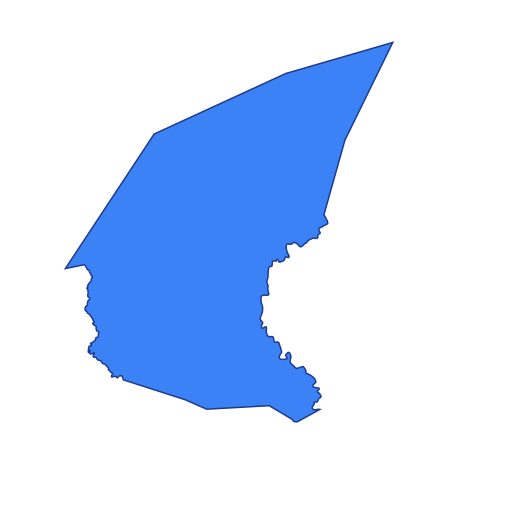 the district of Macaracas, Los Santos, Panama, rotated 165°
{"feature_id": "35544464B79147268573624", "entity_name": "Macaracas", "entity_type": "district", "adm_level": 2, "iso_a3": "PAN", "parent_name": "Panama", "parent_adm1": "Los Santos", "projection": "albers", "projection_center": [-80.516, 7.678], "detail": "fine", "context": "isolated", "style": "filled", "palette": "blue", "viewbox_px": 512, "rotation_deg": 165, "n_neighbors": 0, "source": "geoboundaries", "source_scale": "gbopen_adm2", "svg_char_len": 6105}
<svg xmlns="http://www.w3.org/2000/svg" viewBox="0 0 512 512"><g transform="rotate(165 256 256)"><path d="M68.6,426.9L179.9,424.6L322.8,400.2L443.4,293.2L424.0,292.0L423.1,290.1L422.6,287.3L422.4,286.6L422.1,286.2L421.1,285.6L420.9,285.2L421.0,283.6L420.9,283.1L420.8,282.6L420.0,281.4L419.9,280.9L420.0,280.5L420.3,280.1L420.3,279.9L420.1,279.6L419.6,278.9L419.4,278.5L419.5,278.0L419.9,277.4L420.5,277.1L420.9,276.8L421.1,276.2L421.1,275.6L421.5,274.9L423.0,273.6L424.2,272.9L424.7,272.6L426.1,271.2L426.2,270.7L426.3,270.0L426.5,269.7L427.4,269.0L427.7,268.8L427.7,268.6L427.4,268.1L427.2,266.8L427.4,265.1L428.0,263.1L428.8,261.3L428.9,260.8L428.8,260.3L428.7,259.9L427.6,258.6L427.5,258.2L427.6,257.7L427.8,257.3L428.2,257.0L428.7,256.8L429.3,256.8L429.6,256.5L430.1,255.7L430.6,255.2L431.5,252.5L431.7,252.2L432.0,251.9L432.6,251.8L433.8,251.0L434.6,249.9L434.8,249.3L435.0,248.1L434.9,247.5L433.8,246.0L433.6,245.5L433.5,244.6L433.4,244.3L432.7,243.5L431.4,241.7L431.3,240.5L430.4,239.2L430.4,238.0L430.0,237.0L430.0,236.1L429.6,234.6L429.6,234.0L429.8,233.4L430.3,233.4L430.8,233.5L431.0,233.4L431.0,232.5L430.9,232.2L430.3,231.2L429.4,230.1L428.9,229.7L428.7,229.4L428.7,228.9L429.3,227.0L429.3,225.4L429.0,224.6L428.0,223.7L427.8,223.5L427.6,223.0L427.6,222.5L428.5,221.2L429.2,219.3L429.5,218.8L431.1,218.6L431.9,218.3L432.2,217.8L432.4,217.2L432.6,216.8L433.3,216.2L434.0,215.8L435.6,215.1L438.4,214.4L438.5,214.1L438.5,213.9L438.1,213.5L438.0,213.2L438.3,211.9L438.6,211.7L440.0,212.1L440.5,212.0L440.8,211.7L441.3,210.9L441.8,209.7L442.3,208.8L442.1,208.2L441.1,207.9L440.8,207.7L440.9,207.1L441.1,206.9L442.1,207.2L442.6,207.2L442.8,207.1L442.9,206.9L442.9,206.7L442.7,206.2L441.7,205.1L441.5,204.4L440.9,204.0L440.2,203.9L439.2,204.3L437.8,204.5L437.5,204.5L437.4,204.4L437.3,203.9L438.8,202.1L439.2,201.2L439.2,200.7L438.5,200.1L437.3,199.8L436.7,199.5L436.5,199.0L436.0,197.2L435.7,196.7L435.3,196.3L434.8,195.9L433.6,195.4L433.2,195.1L432.9,194.6L432.0,192.1L431.5,191.5L430.5,191.0L429.8,190.3L429.4,189.7L428.3,187.7L427.6,185.8L427.6,185.1L427.9,184.2L427.9,183.9L427.0,183.3L426.8,182.9L426.7,181.9L426.0,180.9L425.0,180.0L424.9,179.7L425.1,179.2L426.4,177.8L426.7,177.5L426.7,177.2L426.7,176.7L426.4,176.4L426.1,176.4L423.8,176.3L423.1,176.2L422.7,175.9L421.9,174.6L421.3,174.2L420.9,174.4L419.8,175.2L419.2,175.5L418.0,175.4L416.7,175.1L416.6,174.9L416.4,174.1L416.3,173.1L416.2,171.5L416.0,170.6L361.6,135.5L343.3,120.8L282.0,108.0L263.5,89.0L263.4,88.8L263.1,88.0L262.9,87.4L262.2,86.4L261.8,86.1L261.3,85.8L260.1,85.6L259.2,85.1L234.1,91.3L235.2,91.8L237.2,92.0L239.5,92.3L240.2,92.8L240.6,93.3L240.9,94.1L241.0,94.8L240.9,95.3L240.5,95.8L239.8,96.5L238.5,97.5L237.9,98.2L237.7,99.5L237.5,99.8L237.1,100.0L236.8,100.0L236.4,99.8L235.4,99.2L235.1,99.1L234.8,99.2L233.8,100.0L233.5,100.5L233.0,101.3L232.5,101.8L232.0,102.1L230.2,102.7L229.8,103.0L229.6,103.4L229.5,103.8L229.6,104.4L229.9,105.8L230.5,107.2L231.7,108.3L231.8,108.8L231.7,109.2L231.4,109.6L229.6,110.9L229.3,111.4L229.3,111.8L229.5,112.1L231.1,112.9L233.2,113.8L233.7,114.1L234.5,114.9L234.8,115.7L234.6,116.3L234.1,116.8L232.1,117.9L231.4,118.1L231.0,118.4L230.8,119.3L230.7,119.9L230.8,120.8L231.3,122.3L232.0,123.9L233.8,126.3L235.8,128.1L236.3,128.7L237.9,129.6L238.0,130.3L237.6,131.8L237.6,132.5L237.7,133.4L238.8,136.8L239.2,137.0L240.7,137.1L245.2,136.8L246.1,137.0L246.5,137.3L246.9,137.9L247.3,138.5L247.6,139.3L249.4,142.0L250.2,143.6L250.4,144.8L250.1,146.3L249.4,147.6L249.0,148.1L248.4,149.4L248.2,150.7L248.3,152.2L248.6,153.5L249.1,154.2L249.3,154.4L249.7,154.5L250.6,154.3L251.8,153.6L252.4,153.1L252.8,152.8L253.0,152.3L253.0,151.8L252.3,149.3L252.4,149.0L252.7,148.8L253.4,148.7L255.5,148.9L257.8,149.4L258.5,149.8L259.3,150.4L259.7,150.8L259.9,151.4L259.8,152.0L258.7,154.0L257.7,155.1L256.4,156.0L256.1,156.6L256.1,159.3L256.0,161.0L256.2,162.2L256.4,166.4L256.9,167.1L257.3,167.4L257.7,167.5L258.7,167.5L259.3,167.6L260.2,167.9L260.5,168.2L260.6,168.6L260.6,169.4L260.4,171.0L260.3,172.4L260.4,173.1L260.6,173.5L261.0,173.8L261.6,174.1L264.4,174.7L265.1,175.5L265.6,176.3L265.7,177.0L265.8,179.6L265.3,181.6L264.8,182.8L264.5,183.8L264.5,184.6L264.6,184.9L265.0,185.1L265.6,185.1L268.1,184.5L268.7,184.8L269.0,185.2L269.1,185.5L269.0,186.4L268.7,187.2L268.4,187.8L267.1,189.2L266.8,189.7L267.0,190.8L267.4,191.5L268.2,193.3L268.3,194.3L268.2,194.8L267.9,195.3L266.3,197.2L264.4,200.2L263.9,201.3L263.0,204.2L262.8,205.4L262.8,206.6L263.0,208.2L262.9,209.3L262.9,210.2L262.5,212.4L261.9,214.6L261.8,215.0L261.4,215.5L261.0,215.9L260.2,216.1L258.5,216.2L256.0,215.3L255.6,215.2L254.3,215.2L254.0,215.2L253.8,215.4L253.5,216.3L253.3,217.2L253.4,218.4L253.2,221.0L253.0,221.9L252.1,223.5L252.3,227.3L252.2,228.2L252.0,228.8L251.1,230.5L250.2,231.9L249.4,234.1L248.2,238.0L246.9,241.1L246.5,241.6L245.8,242.1L245.2,242.2L243.8,242.0L243.4,242.1L243.0,242.4L242.0,245.2L241.8,246.0L241.4,246.5L241.0,246.7L240.4,246.7L238.1,245.9L237.8,246.0L237.0,247.0L236.6,247.2L236.3,247.2L235.9,247.0L235.7,246.6L235.5,244.4L235.3,244.2L235.0,244.1L234.3,243.9L231.6,244.1L229.9,244.7L229.4,245.1L228.4,246.9L228.1,247.2L227.8,247.3L227.4,247.4L226.9,247.3L226.4,246.8L225.5,246.1L224.9,246.1L224.3,246.6L224.2,246.9L224.1,247.5L224.8,251.1L224.9,252.4L224.9,254.6L224.6,256.5L224.0,258.4L223.8,258.8L223.3,259.1L222.9,259.3L222.1,259.5L220.7,258.6L219.5,258.5L218.2,258.4L217.7,258.5L216.7,259.4L216.3,259.4L215.6,259.2L214.3,258.4L213.1,257.1L212.5,256.2L211.7,254.4L210.8,253.4L210.0,253.3L209.4,253.4L208.1,253.9L206.6,254.9L204.9,255.5L203.7,255.8L203.3,256.0L203.0,256.7L202.5,257.0L201.9,257.3L201.0,257.5L199.8,258.1L197.7,258.3L196.5,258.5L195.9,258.5L195.5,258.4L194.6,257.8L194.2,257.7L192.9,257.3L192.3,257.4L191.4,258.1L191.3,258.5L191.1,259.6L190.2,260.6L189.9,260.9L188.4,261.2L188.1,261.6L188.0,261.9L188.5,264.4L188.6,265.1L188.3,265.8L187.5,266.7L187.2,266.8L186.2,266.8L185.6,266.8L182.7,267.7L179.6,268.3L178.8,268.6L178.4,268.8L178.3,269.1L178.0,270.3L178.1,271.9L178.9,274.9L178.9,275.4L179.7,278.3L140.2,344.8L68.6,426.9Z" fill="#3b82f6" stroke="#1e3a8a" stroke-width="1.5"/></g></svg>